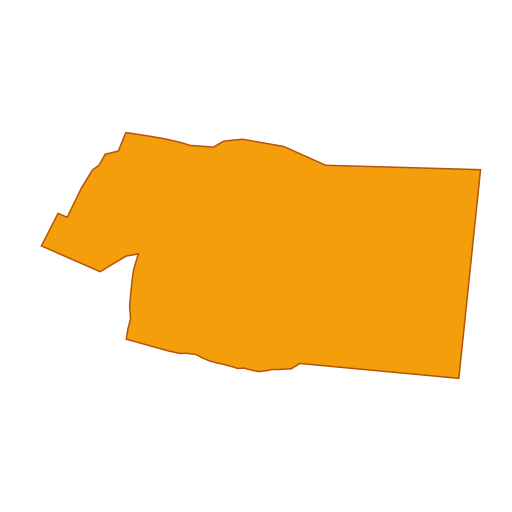 outline of Godoy Cruz, Mendoza, Argentina, rotated 186°
{"feature_id": "61730980B65696881637259", "entity_name": "Godoy Cruz", "entity_type": "district", "adm_level": 2, "iso_a3": "ARG", "parent_name": "Argentina", "parent_adm1": "Mendoza", "projection": "equal_earth", "projection_center": [-68.856, -32.929], "detail": "fine", "context": "isolated", "style": "filled", "palette": "amber", "viewbox_px": 512, "rotation_deg": 186, "n_neighbors": 0, "source": "geoboundaries", "source_scale": "gbopen_adm2", "svg_char_len": 829}
<svg xmlns="http://www.w3.org/2000/svg" viewBox="0 0 512 512"><g transform="rotate(186 256 256)"><path d="M376.4,159.7L333.3,152.4L321.1,151.1L315.1,152.0L305.5,151.8L299.1,149.2L291.3,146.8L283.4,145.5L277.8,145.0L269.6,143.7L262.5,142.3L256.2,143.2L248.8,142.1L241.3,141.3L234.2,142.9L227.6,144.9L221.7,145.4L216.0,146.5L209.4,147.4L201.1,153.7L41.5,155.5L41.7,365.3L196.2,353.5L239.8,367.8L281.8,370.7L300.0,366.9L309.8,359.8L318.6,359.6L333.2,359.1L339.1,360.4L345.2,361.3L353.7,362.4L362.4,363.3L368.7,363.7L383.4,364.5L398.3,365.2L403.9,346.0L416.6,341.5L421.6,329.8L427.7,324.4L436.9,305.0L439.5,297.8L447.8,274.8L457.3,277.7L470.5,243.6L409.5,224.1L385.1,242.4L373.3,245.7L376.3,229.5L376.7,219.2L376.7,203.8L376.4,192.5L374.2,180.4L375.7,170.5L376.4,159.7Z" fill="#f59e0b" stroke="#b45309" stroke-width="1.5"/></g></svg>